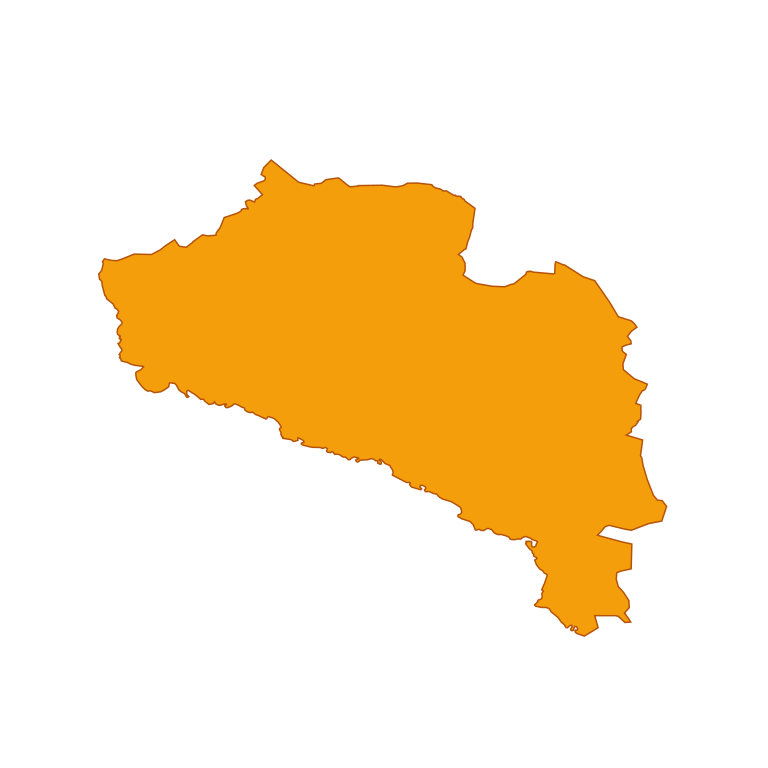 Sakstagala pag., Rezeknes, Latvia (Equal Earth projection), rotated 192°
{"feature_id": "27541924B56476396164581", "entity_name": "Sakstagala pag.", "entity_type": "district", "adm_level": 2, "iso_a3": "LVA", "parent_name": "Latvia", "parent_adm1": "Rezeknes", "projection": "equal_earth", "projection_center": [27.122, 56.527], "detail": "fine", "context": "isolated", "style": "filled", "palette": "amber", "viewbox_px": 768, "rotation_deg": 192, "n_neighbors": 0, "source": "geoboundaries", "source_scale": "gbopen_adm2", "svg_char_len": 6161}
<svg xmlns="http://www.w3.org/2000/svg" viewBox="0 0 768 768"><g transform="rotate(192 384 384)"><path d="M645.8,352.0L638.8,351.6L635.7,350.7L631.6,350.5L622.9,351.2L622.7,350.8L624.7,347.6L629.0,343.9L629.1,343.1L628.4,340.7L627.1,337.5L626.1,336.2L619.8,330.9L616.4,328.8L613.7,327.9L611.0,328.8L606.8,327.8L600.7,330.0L597.5,332.7L594.0,336.5L594.2,339.6L593.8,340.6L588.9,341.1L586.7,339.6L583.5,335.7L581.2,334.4L577.1,333.2L574.4,330.1L573.2,330.1L572.3,331.1L574.9,333.1L575.3,335.9L574.9,336.8L573.9,337.0L566.3,334.3L560.2,330.9L557.3,331.7L556.2,330.2L550.9,327.6L547.6,329.0L546.6,329.9L546.3,331.3L543.9,329.3L541.5,328.9L540.0,329.0L535.2,331.6L534.2,331.6L533.8,330.9L535.2,330.0L535.1,329.2L533.7,328.2L532.1,328.3L528.3,330.9L526.6,333.2L525.6,333.7L521.1,332.8L518.4,331.8L515.9,331.7L514.5,329.6L512.1,328.4L508.7,328.2L506.9,329.2L502.9,327.3L500.5,327.1L492.3,325.2L491.5,325.7L491.1,327.5L490.4,328.1L484.5,327.5L479.4,324.6L475.9,321.0L475.5,320.1L476.8,318.9L476.9,317.9L474.4,314.8L474.5,313.4L473.3,311.8L471.8,311.0L472.2,310.3L471.8,309.8L463.1,310.3L461.1,309.1L460.0,309.1L456.5,311.0L457.1,313.1L456.7,313.6L451.9,312.2L450.4,311.2L450.3,310.3L452.6,308.9L452.4,308.1L450.5,307.3L441.3,307.1L433.4,308.6L430.3,308.3L428.6,309.5L427.3,309.7L425.9,308.8L426.2,306.3L425.1,305.6L421.9,305.8L421.0,306.9L419.8,306.9L417.6,304.9L415.2,305.7L412.3,305.5L409.3,304.1L406.2,304.4L403.0,302.5L401.3,303.1L400.7,304.4L398.2,306.4L393.7,306.4L393.2,305.7L395.6,304.2L395.8,303.7L395.2,302.7L393.9,302.1L393.1,302.4L391.4,304.5L384.4,306.5L380.7,308.4L378.2,308.3L376.4,307.2L374.3,307.5L373.6,305.2L371.1,304.7L370.1,305.3L370.2,306.3L370.9,307.5L372.7,308.5L372.7,309.5L372.3,309.8L370.0,309.0L366.6,306.5L361.0,305.4L360.6,304.4L357.8,301.7L356.8,299.8L356.6,299.0L357.0,296.9L356.7,296.5L341.5,292.4L338.8,293.0L337.8,292.8L337.6,292.2L338.1,291.5L337.7,290.5L335.5,288.9L326.0,288.2L325.4,289.4L327.4,290.6L327.4,291.9L326.5,292.7L324.8,292.8L322.6,292.2L321.5,291.2L321.3,290.5L322.4,288.8L321.1,287.3L317.6,288.2L312.8,287.2L309.5,287.2L306.5,285.0L303.1,283.7L293.4,282.8L284.8,279.8L283.2,278.8L281.4,275.2L281.7,273.3L282.6,272.3L284.1,271.7L284.4,270.4L283.9,269.6L280.1,268.4L271.1,267.3L267.5,264.9L264.3,260.2L263.4,260.2L260.9,261.7L258.5,261.0L256.3,261.3L253.1,264.0L251.6,264.4L248.4,264.0L245.5,261.4L242.8,260.6L240.5,260.5L238.4,261.2L233.3,260.9L229.9,260.2L228.5,258.7L227.0,258.4L224.1,258.8L220.3,260.5L218.2,260.6L215.6,263.5L213.6,264.3L208.5,263.6L206.6,262.6L202.8,262.3L201.2,261.6L201.0,260.8L201.7,259.8L201.9,256.7L203.8,255.5L205.5,255.7L206.2,257.5L206.6,259.9L207.7,260.6L212.3,259.6L212.4,259.0L211.6,258.4L212.2,257.1L207.6,253.1L204.5,251.6L204.2,250.4L203.4,249.3L202.2,248.9L202.0,247.1L201.5,246.6L198.6,245.9L198.2,245.0L198.5,244.4L200.0,243.2L197.3,238.9L193.3,235.5L189.8,234.2L187.9,232.4L184.9,231.6L184.6,230.2L185.5,222.6L187.0,215.5L185.1,214.6L186.1,211.8L185.3,209.9L185.0,207.9L185.8,206.1L188.1,204.8L188.6,203.6L188.4,202.8L190.7,199.4L190.5,198.8L189.4,198.2L183.5,198.2L178.4,199.2L175.5,198.4L173.1,195.9L165.2,191.8L161.0,187.8L157.3,186.0L156.1,184.3L155.1,183.6L153.9,183.7L151.8,186.5L150.1,187.0L149.5,185.7L150.3,183.6L150.3,182.4L149.9,181.9L148.8,181.8L147.7,182.4L147.0,186.5L145.3,186.6L144.4,185.9L143.4,183.9L144.1,183.2L145.5,183.1L145.9,182.3L145.1,180.9L143.5,180.1L135.6,179.1L123.9,190.1L129.7,201.2L109.5,205.5L106.6,205.5L98.7,200.8L93.2,202.5L100.3,209.4L101.0,209.4L101.0,210.2L97.6,216.3L99.5,223.1L106.5,230.1L112.7,234.5L116.2,241.3L117.1,247.8L113.7,250.1L103.8,254.6L108.3,279.0L117.6,279.0L143.8,280.4L140.6,285.4L138.5,289.8L136.5,291.5L134.2,292.6L118.5,292.1L111.6,292.4L96.1,302.5L83.8,307.7L82.1,323.0L87.7,327.8L92.3,327.2L97.3,331.1L106.6,345.2L113.7,358.3L116.4,365.1L118.2,367.2L119.4,383.0L136.4,384.4L132.0,388.7L132.9,391.4L131.7,393.8L129.3,395.9L127.7,399.6L128.4,399.9L125.7,403.1L126.9,410.4L128.4,416.6L133.8,417.4L131.7,426.5L130.1,430.7L128.0,432.4L127.2,433.8L126.4,438.6L140.4,441.2L152.7,447.7L153.0,448.2L154.5,453.4L153.1,463.3L157.5,465.5L158.1,466.6L158.8,469.8L155.3,472.4L150.6,474.7L151.5,477.5L155.8,481.2L152.9,487.2L148.4,492.1L151.7,495.1L155.2,497.2L168.8,498.5L180.3,510.9L199.4,528.9L211.5,530.3L232.2,538.0L233.3,537.8L240.8,539.2L241.5,539.1L241.5,536.3L240.0,527.7L241.2,526.9L261.1,524.5L264.6,524.8L265.3,523.9L266.4,524.2L267.9,523.1L268.0,520.8L277.6,509.1L280.3,507.9L286.1,504.2L298.4,502.1L314.1,501.5L316.2,501.9L329.3,506.9L328.2,511.8L329.8,518.9L334.0,524.3L338.2,526.2L333.2,532.4L331.9,533.2L331.7,540.2L330.8,545.7L330.5,552.8L329.7,555.1L330.5,559.2L331.5,574.7L342.8,579.8L344.0,581.2L346.9,582.2L347.9,583.4L350.6,583.2L350.9,582.7L353.0,583.0L353.4,583.5L354.9,583.0L363.1,585.9L365.9,585.1L369.5,586.4L374.5,586.5L376.9,587.4L378.7,588.9L392.9,587.5L402.6,585.4L406.9,581.8L413.4,579.2L426.9,578.1L450.5,572.7L450.4,572.3L457.8,569.9L460.2,570.5L471.1,576.1L471.8,576.0L483.3,571.8L487.0,567.3L493.4,565.2L493.8,563.3L509.4,563.6L540.9,579.6L546.6,570.7L547.7,563.3L543.2,561.7L542.7,559.2L544.0,557.5L549.7,554.1L552.2,551.2L542.2,543.9L546.3,539.0L548.1,537.9L548.4,535.1L553.2,536.0L555.3,535.5L557.4,533.6L555.7,529.8L553.4,527.5L553.5,526.9L554.8,527.3L556.0,526.4L556.7,526.7L559.1,525.6L559.7,524.9L559.5,524.5L559.9,523.5L562.5,520.9L574.9,513.6L576.7,503.2L579.5,496.9L579.3,494.6L587.3,492.2L592.5,492.2L600.5,483.4L600.7,482.6L605.9,476.6L612.9,476.2L618.8,481.6L626.8,473.5L630.7,468.7L638.4,462.3L655.4,459.1L666.3,451.7L671.1,449.0L676.6,448.2L683.5,448.3L684.8,445.0L683.6,443.6L683.8,436.3L685.9,432.3L684.0,427.3L682.5,426.6L681.1,425.0L680.2,422.0L675.4,412.5L674.2,411.9L673.0,409.7L665.6,406.0L662.8,402.3L661.0,401.8L658.6,399.9L659.2,396.6L659.8,395.6L659.4,394.4L658.5,393.0L655.7,392.1L653.2,390.3L652.8,389.2L653.5,387.2L654.9,385.5L656.0,382.5L655.8,379.3L654.9,377.2L652.1,376.1L652.0,375.5L652.5,375.2L652.0,374.6L652.3,374.1L651.4,373.6L651.8,373.3L650.7,373.1L650.1,372.5L650.6,372.1L651.0,369.4L652.6,368.4L649.0,364.4L648.2,364.3L647.3,362.4L649.2,357.8L647.9,356.9L648.1,354.8L646.5,353.5L645.8,352.0Z" fill="#f59e0b" stroke="#b45309" stroke-width="1.5"/></g></svg>